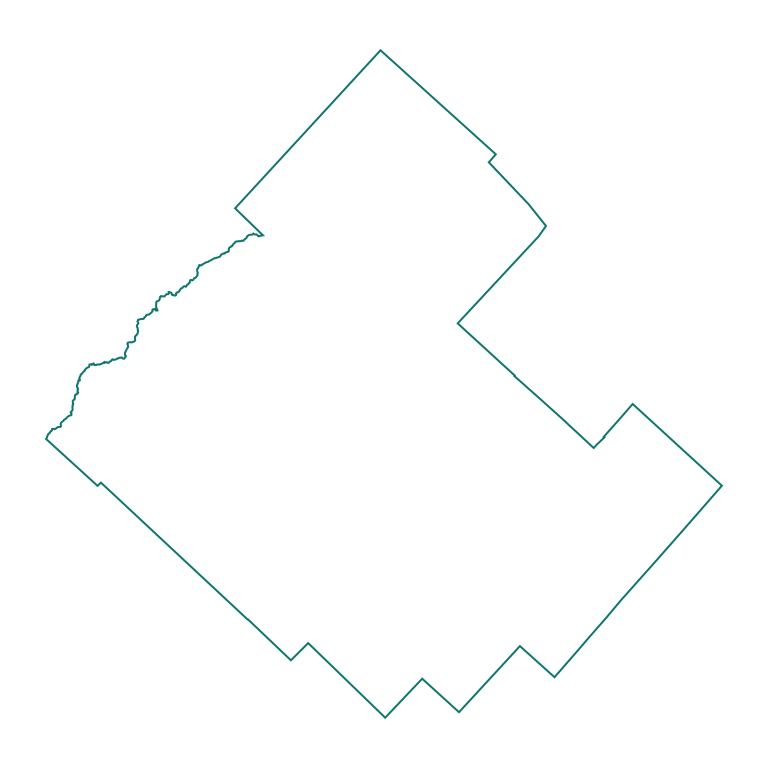 Ayacucho, Buenos Aires, Argentina
{"feature_id": "61730980B23914757099295", "entity_name": "Ayacucho", "entity_type": "district", "adm_level": 2, "iso_a3": "ARG", "parent_name": "Argentina", "parent_adm1": "Buenos Aires", "projection": "natural_earth1", "projection_center": [-58.84, -36.976], "detail": "fine", "context": "isolated", "style": "outline", "palette": "teal", "viewbox_px": 768, "rotation_deg": 0, "n_neighbors": 0, "source": "geoboundaries", "source_scale": "gbopen_adm2", "svg_char_len": 5941}
<svg xmlns="http://www.w3.org/2000/svg" viewBox="0 0 768 768"><path d="M495.8,154.3L380.5,50.3L235.1,208.3L262.9,235.3L261.8,235.4L261.5,235.6L260.2,235.8L259.5,236.2L258.5,236.3L257.6,235.5L256.6,234.4L255.4,234.5L254.0,234.2L253.4,233.6L252.9,234.1L252.4,234.6L250.4,234.7L249.0,235.0L248.6,235.2L247.3,236.2L246.8,236.7L246.9,237.2L246.5,237.8L245.8,238.6L244.7,239.2L243.5,240.7L242.7,240.9L242.1,240.7L241.6,240.7L240.6,241.2L239.6,241.3L239.0,241.1L237.7,241.4L235.9,241.5L235.5,241.7L235.2,242.1L234.7,243.0L234.4,243.3L233.9,243.5L233.0,244.5L232.9,245.0L232.3,245.4L231.9,246.2L231.4,246.2L231.2,246.5L230.7,246.9L230.0,247.1L229.8,247.3L229.5,247.8L229.0,248.2L228.8,248.7L228.9,250.2L228.7,251.0L228.5,251.6L227.6,251.8L227.1,252.2L226.4,252.3L226.0,252.5L225.2,252.6L224.9,253.2L224.3,253.6L223.8,253.5L222.7,253.7L222.6,254.0L222.0,254.2L221.4,254.5L220.6,255.5L220.1,256.5L219.5,256.7L218.8,257.1L217.3,257.5L216.1,258.0L214.2,258.4L213.6,258.6L210.9,260.3L209.3,261.0L208.3,261.8L206.6,262.2L205.0,262.9L203.6,263.8L202.6,264.3L201.3,265.4L200.7,265.4L200.2,265.1L199.7,265.0L199.2,265.3L199.3,266.0L198.7,266.5L198.5,267.0L198.2,268.2L197.5,268.7L197.2,269.1L197.1,269.3L197.3,271.6L197.6,272.2L197.8,273.0L197.8,273.3L197.3,274.0L197.5,274.9L197.4,275.5L195.7,277.6L195.3,277.9L194.4,278.1L193.9,278.5L193.7,279.2L193.0,280.0L192.5,280.3L192.0,280.3L191.2,280.0L190.6,280.0L190.2,280.3L190.0,280.7L189.8,281.3L189.9,282.0L189.2,283.2L188.5,283.4L188.4,284.0L187.5,284.7L187.1,284.8L186.0,286.7L185.6,286.7L184.8,286.3L184.4,286.2L183.3,286.7L182.6,287.7L182.0,288.1L181.0,288.5L180.4,289.4L180.0,289.7L179.7,290.3L179.6,290.8L179.3,290.9L179.2,291.3L178.8,291.8L178.5,292.0L177.1,292.6L176.6,292.6L176.3,292.9L176.1,293.4L176.2,294.4L176.1,295.0L175.3,295.5L174.8,295.5L174.1,295.5L173.6,295.0L173.1,294.8L172.6,295.0L172.2,294.9L171.9,294.6L171.8,293.8L171.2,292.7L169.3,292.3L169.0,291.9L168.6,292.0L168.7,292.5L168.9,292.9L168.9,293.4L168.6,293.8L168.1,294.2L166.5,294.2L165.3,295.5L164.9,295.8L164.6,296.3L164.1,296.5L163.2,296.4L162.8,296.2L162.1,296.4L161.6,296.3L161.3,296.1L160.9,296.1L160.1,297.0L160.2,297.5L159.6,298.6L159.5,299.9L158.9,300.5L158.5,300.6L157.6,301.2L156.8,301.4L156.5,301.7L156.2,302.5L156.2,302.9L156.3,303.5L156.1,304.4L156.2,305.3L156.1,306.0L156.1,306.8L156.3,307.5L156.6,308.2L156.6,308.6L156.7,309.0L157.2,309.6L157.5,310.0L157.5,310.5L157.1,310.6L156.8,310.6L155.9,310.4L155.8,310.1L155.8,309.8L156.1,309.4L155.9,309.1L155.5,308.9L155.1,308.9L154.9,309.3L153.9,309.3L153.6,309.1L153.2,309.2L152.9,309.5L152.4,309.8L152.6,310.6L152.5,311.0L151.9,312.0L151.5,312.5L150.9,312.9L150.4,313.5L149.7,313.9L149.2,314.3L148.7,314.6L146.5,314.9L146.1,315.3L145.9,316.0L145.5,316.6L145.0,317.1L144.4,317.3L144.0,318.3L143.4,318.8L142.7,319.0L141.5,318.9L140.9,319.0L138.1,319.9L137.9,320.4L137.8,320.9L137.5,321.4L138.3,323.0L138.2,323.8L137.5,324.4L137.0,325.5L136.8,326.3L136.9,326.7L137.6,327.7L137.7,328.2L137.6,328.9L137.8,329.2L137.8,330.2L138.1,330.5L138.0,331.2L137.9,331.7L137.6,333.4L137.1,334.3L136.2,335.3L135.8,335.6L135.4,336.3L135.1,336.4L134.9,336.7L135.1,338.0L135.0,339.1L135.2,340.3L134.9,340.9L133.8,341.7L133.2,341.8L131.8,342.4L131.3,342.4L130.3,342.2L129.3,342.3L128.5,342.6L128.1,342.6L127.7,342.8L127.5,343.3L127.4,343.9L127.9,345.0L127.9,345.9L128.2,346.6L128.1,347.0L126.6,349.4L126.0,350.4L125.6,351.5L125.5,351.9L125.0,352.7L124.9,353.6L125.0,354.1L125.2,354.7L125.2,355.6L125.9,356.2L125.6,356.8L125.1,357.2L124.5,358.5L123.3,358.7L122.8,358.5L122.1,357.7L121.5,357.4L120.3,357.8L119.4,357.7L118.6,358.3L118.1,358.2L117.2,358.6L116.7,359.1L114.5,359.8L113.6,359.9L112.8,359.3L112.2,359.5L111.8,359.8L111.5,360.6L111.2,361.0L110.9,361.2L110.1,361.3L109.8,361.5L109.4,361.9L109.0,362.6L108.6,362.8L107.6,362.8L107.3,362.5L106.7,362.2L105.7,362.3L104.9,362.3L104.5,362.0L104.3,362.2L104.4,362.9L104.2,362.9L103.9,362.6L103.5,362.6L103.1,363.0L101.2,364.0L100.9,364.0L99.0,364.7L97.9,364.4L96.8,364.6L96.3,365.0L95.7,365.0L95.1,365.2L94.8,365.1L94.4,364.7L94.0,364.7L93.9,364.5L93.8,363.5L93.6,363.4L93.3,363.6L92.3,364.6L91.6,364.8L91.4,364.7L91.3,364.2L91.2,364.1L90.7,364.2L89.4,364.7L89.2,366.4L88.7,367.1L88.2,367.4L86.8,367.9L86.5,368.3L85.1,369.6L84.6,370.3L84.7,370.6L84.6,370.9L84.0,371.3L83.5,371.7L81.8,373.8L80.8,374.4L80.9,374.8L80.4,375.6L80.4,376.0L79.9,376.7L79.3,378.4L79.9,379.8L79.8,380.3L79.2,380.3L78.8,380.2L78.4,380.4L78.3,381.2L78.4,381.6L78.4,382.0L77.9,382.6L77.6,383.9L76.9,385.4L77.1,385.6L76.9,386.3L77.0,386.9L77.7,387.8L77.9,388.6L77.7,389.0L78.0,389.4L77.6,389.8L77.7,390.5L77.6,391.0L77.5,391.5L77.9,392.0L77.7,392.3L77.9,392.5L77.6,392.7L77.7,393.4L76.8,393.7L76.7,394.3L75.4,394.7L75.1,395.3L74.9,396.2L74.7,397.9L74.9,398.7L74.4,399.5L74.0,399.6L72.8,400.9L72.7,401.5L72.8,402.3L73.1,403.0L73.0,403.6L73.2,404.0L73.2,404.4L72.5,405.2L72.5,405.7L72.7,406.2L72.5,406.7L72.4,407.3L72.6,409.1L72.4,410.0L72.2,410.6L71.3,411.7L70.8,412.0L70.8,412.6L71.5,413.4L71.4,414.0L71.2,414.4L71.4,415.0L71.0,415.3L70.1,415.4L68.8,416.0L67.8,416.7L67.0,417.4L66.6,418.0L65.6,418.9L64.1,419.7L63.8,420.1L63.6,420.7L62.2,421.7L61.5,422.4L61.0,422.9L60.7,423.7L60.7,424.6L61.0,425.6L60.9,426.3L60.4,426.9L57.5,427.2L55.8,428.7L54.6,429.1L54.0,429.1L53.3,428.8L52.2,429.0L52.0,430.0L51.7,430.3L51.5,430.9L50.7,431.2L50.3,431.8L50.1,432.6L49.6,433.1L49.0,433.5L48.5,433.6L48.3,434.4L47.7,435.1L47.6,435.6L47.2,436.3L47.1,437.3L46.2,438.7L46.1,439.0L97.6,485.9L100.9,482.6L247.6,619.5L248.0,619.4L290.9,660.3L308.2,643.1L385.2,717.7L422.2,678.7L459.0,712.2L519.9,646.1L554.5,677.2L577.3,651.1L587.7,638.9L606.3,617.7L621.1,600.1L636.3,583.0L656.9,559.9L678.2,535.7L680.7,532.9L721.9,485.7L632.7,404.0L621.1,417.3L603.7,436.9L604.4,437.4L596.8,444.6L593.7,448.0L576.8,432.3L569.8,425.9L564.9,421.2L541.0,399.7L514.3,376.0L514.7,375.5L457.7,323.4L538.6,236.4L546.0,226.0L528.5,204.1L488.8,162.3L495.8,154.3Z" fill="none" stroke="#0f766e" stroke-width="2"/></svg>